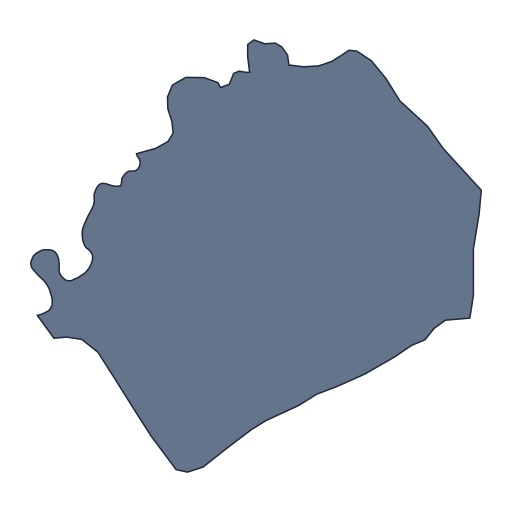 the district of Aguas Corrientes, Canelones, Uruguay
{"feature_id": "84410073B95258076060136", "entity_name": "Aguas Corrientes", "entity_type": "district", "adm_level": 2, "iso_a3": "URY", "parent_name": "Uruguay", "parent_adm1": "Canelones", "projection": "natural_earth1", "projection_center": [-56.387, -34.527], "detail": "fine", "context": "isolated", "style": "filled", "palette": "slate", "viewbox_px": 512, "rotation_deg": 0, "n_neighbors": 0, "source": "geoboundaries", "source_scale": "gbopen_adm2", "svg_char_len": 2038}
<svg xmlns="http://www.w3.org/2000/svg" viewBox="0 0 512 512"><path d="M469.8,318.1L471.5,307.6L473.4,295.3L473.4,248.8L479.1,214.0L481.3,190.2L470.2,178.1L443.2,148.5L427.6,126.4L399.9,100.9L386.2,78.8L371.4,60.8L356.8,51.1L349.0,50.2L341.2,55.5L331.6,61.5L318.6,65.9L303.5,66.8L288.9,65.0L287.6,55.2L281.9,47.0L275.3,43.1L264.9,43.8L253.9,39.9L247.7,44.5L247.6,56.1L249.6,72.3L245.8,72.3L239.2,71.1L233.6,73.5L229.3,84.3L220.4,87.5L218.0,82.7L204.2,77.6L185.7,77.4L172.4,85.1L167.5,97.0L167.8,108.6L171.9,121.6L173.2,133.1L168.1,141.4L155.8,148.3L136.5,153.7L137.3,156.3L138.6,158.1L139.3,159.1L140.2,162.1L139.6,165.9L137.9,169.0L135.1,170.9L131.5,171.1L128.8,171.1L126.7,172.3L124.3,174.8L121.9,178.5L121.6,181.6L121.2,184.4L120.5,186.0L118.3,186.1L115.4,186.3L112.8,185.8L110.6,185.3L107.8,184.3L105.7,183.7L102.7,183.3L100.3,183.9L98.2,185.6L96.5,188.2L95.1,191.2L94.1,194.4L94.1,197.6L94.3,201.2L93.5,205.3L91.7,209.4L89.2,213.8L86.9,218.4L85.4,222.0L84.3,224.5L83.3,226.8L82.4,230.4L82.2,233.9L82.4,237.1L82.9,240.8L83.7,242.9L84.8,245.9L86.3,247.9L88.5,249.5L90.2,251.3L91.3,252.7L92.3,254.9L92.7,257.2L92.4,259.8L92.0,261.7L91.0,264.4L90.1,265.9L88.9,268.5L87.6,270.0L86.2,271.7L84.8,273.2L82.8,274.4L80.6,275.8L78.9,277.1L76.3,278.3L73.5,279.6L71.5,280.6L68.3,280.8L65.5,280.0L63.3,278.0L61.3,276.2L59.9,273.8L59.1,270.9L59.2,267.5L59.1,263.1L58.5,258.6L57.3,255.2L55.3,252.3L52.6,250.4L49.5,249.8L45.9,249.7L42.1,250.1L38.7,251.8L36.0,253.5L33.4,255.9L31.9,259.3L31.0,261.6L30.7,264.0L31.5,267.3L33.3,269.7L35.6,272.3L38.4,275.5L40.9,277.8L43.8,280.6L47.1,284.9L49.3,289.0L51.0,294.5L52.2,299.1L52.2,302.5L52.1,305.1L50.6,308.3L49.1,310.3L47.1,311.6L44.1,313.1L41.7,314.1L40.9,314.4L37.3,315.4L53.9,338.2L66.9,337.1L81.7,339.4L98.0,352.3L115.2,379.3L134.5,410.1L151.2,436.2L176.1,469.6L187.5,472.1L203.0,467.1L228.2,447.2L251.3,429.7L265.7,420.7L298.6,405.5L316.7,394.2L337.2,386.4L365.1,373.9L394.3,357.1L411.7,345.3L424.9,339.8L434.2,328.3L445.4,320.2L469.8,318.1Z" fill="#64748b" stroke="#1e293b" stroke-width="1.5"/></svg>